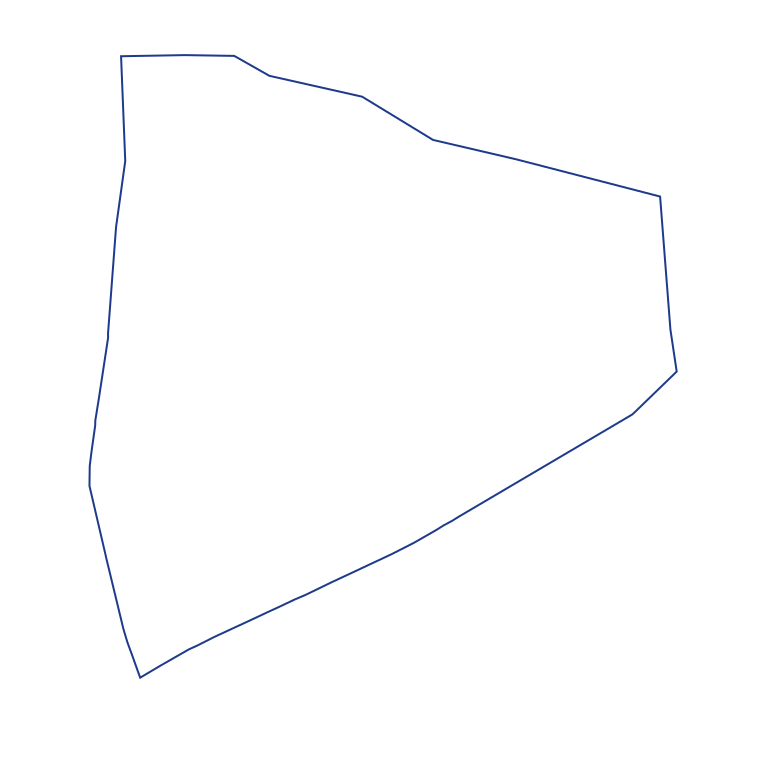 the district of San Miguel Chicahua, Oaxaca, Mexico, rotated 185°
{"feature_id": "50627088B2748566546395", "entity_name": "San Miguel Chicahua", "entity_type": "district", "adm_level": 2, "iso_a3": "MEX", "parent_name": "Mexico", "parent_adm1": "Oaxaca", "projection": "albers", "projection_center": [-97.191, 17.633], "detail": "fine", "context": "isolated", "style": "outline", "palette": "blue", "viewbox_px": 768, "rotation_deg": 185, "n_neighbors": 0, "source": "geoboundaries", "source_scale": "gbopen_adm2", "svg_char_len": 773}
<svg xmlns="http://www.w3.org/2000/svg" viewBox="0 0 768 768"><g transform="rotate(185 384 384)"><path d="M216.7,316.3L134.0,375.3L131.3,378.3L93.5,421.9L103.4,463.1L125.3,594.8L271.6,619.3L356.4,631.4L430.8,668.3L525.0,681.0L561.8,697.8L610.9,694.3L674.5,687.6L661.2,583.5L664.6,517.0L663.3,409.4L663.0,407.8L662.9,405.7L666.8,344.6L668.4,322.7L668.1,317.4L669.5,290.7L670.0,276.9L669.1,264.3L668.5,256.7L646.1,188.3L646.0,187.8L622.2,117.1L617.1,104.3L610.9,91.1L604.0,76.0L601.3,70.2L581.5,84.4L555.3,102.6L546.5,107.6L532.2,116.5L528.1,118.9L486.3,142.9L480.2,146.5L470.3,152.1L454.6,161.3L444.1,166.9L419.3,181.7L362.0,214.9L340.2,228.5L318.8,243.4L312.6,248.1L304.4,253.5L297.6,258.6L252.3,290.9L216.7,316.3Z" fill="none" stroke="#1e3a8a" stroke-width="2"/></g></svg>